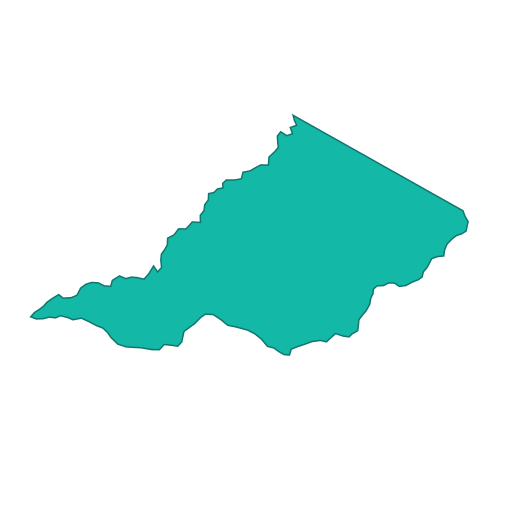 Combinado, Tocantins, Brazil, rotated 293°
{"feature_id": "56859067B5842714986780", "entity_name": "Combinado", "entity_type": "district", "adm_level": 2, "iso_a3": "BRA", "parent_name": "Brazil", "parent_adm1": "Tocantins", "projection": "natural_earth1", "projection_center": [-46.528, -12.835], "detail": "fine", "context": "isolated", "style": "filled", "palette": "teal", "viewbox_px": 512, "rotation_deg": 293, "n_neighbors": 0, "source": "geoboundaries", "source_scale": "gbopen_adm2", "svg_char_len": 1994}
<svg xmlns="http://www.w3.org/2000/svg" viewBox="0 0 512 512"><g transform="rotate(293 256 256)"><path d="M132.0,203.7L138.6,206.0L140.9,213.3L142.4,219.2L147.9,221.2L153.5,220.1L158.5,219.2L163.7,222.3L169.9,226.0L177.9,229.1L182.8,232.2L185.4,239.7L183.6,248.9L181.2,257.0L182.8,264.9L183.7,271.0L184.5,277.3L183.9,285.4L181.7,293.3L177.3,302.0L178.3,308.3L176.9,314.5L176.2,320.3L177.9,325.5L183.9,324.8L188.9,329.7L193.6,335.1L199.3,341.2L203.4,348.2L204.6,354.5L209.4,356.5L215.7,359.5L216.4,367.8L217.9,373.2L222.0,375.0L227.0,378.8L233.0,377.1L237.4,375.6L243.0,377.0L248.7,378.8L256.2,379.5L262.1,378.1L267.0,378.4L271.4,377.0L275.8,379.1L278.6,384.9L283.0,388.6L285.2,394.0L284.0,399.8L287.3,405.4L292.9,409.9L297.5,414.6L301.6,417.1L306.9,416.2L312.0,417.9L316.9,418.4L322.1,418.7L326.2,423.0L329.4,428.8L335.4,427.2L341.6,427.2L347.7,429.5L352.9,432.3L356.6,436.5L361.1,439.6L370.5,437.8L374.2,432.9L378.5,428.8L400.0,235.2L395.9,238.3L392.2,242.4L387.7,237.3L382.8,241.8L378.8,237.3L380.0,230.2L374.7,228.8L369.1,231.6L364.8,234.1L359.4,232.5L352.2,229.3L344.5,231.9L341.7,224.8L337.5,221.4L332.0,217.2L328.0,211.3L321.4,212.4L317.5,206.5L314.4,199.0L309.8,197.0L305.7,199.0L302.8,194.4L298.0,192.5L294.9,188.0L289.0,190.2L283.2,188.8L277.5,190.4L271.7,188.8L265.2,191.7L262.4,184.0L257.9,182.6L253.5,180.9L250.7,174.1L243.5,172.4L237.9,167.7L231.4,170.1L226.1,169.4L220.8,168.2L215.2,169.9L208.5,173.6L202.9,171.6L206.8,165.6L197.9,164.3L190.9,162.0L189.6,154.8L187.9,149.6L184.3,144.9L184.3,138.1L177.4,133.3L171.3,134.1L169.2,128.2L169.7,121.5L167.5,115.2L163.6,110.5L157.8,107.1L150.0,106.6L145.5,102.3L141.8,94.9L143.4,89.5L137.2,85.0L131.8,81.7L126.9,80.1L122.3,77.5L117.3,74.1L112.0,72.4L112.2,78.3L115.1,84.5L119.0,89.6L120.7,95.6L124.6,99.2L125.8,106.8L125.8,112.5L130.6,119.5L130.3,128.0L129.6,136.6L129.8,143.4L127.5,149.4L124.3,154.4L120.9,163.2L121.6,171.9L123.6,177.8L126.6,185.9L129.2,196.9L132.0,203.7Z" fill="#14b8a6" stroke="#0f766e" stroke-width="1.5"/></g></svg>